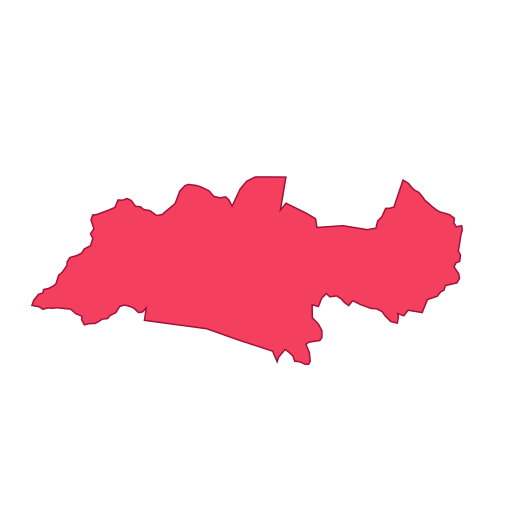 Vale do Sol, Rio Grande do Sul, Brazil (Robinson projection), rotated 106°
{"feature_id": "56859067B27359925158084", "entity_name": "Vale do Sol", "entity_type": "district", "adm_level": 2, "iso_a3": "BRA", "parent_name": "Brazil", "parent_adm1": "Rio Grande do Sul", "projection": "robinson", "projection_center": [-52.687, -29.586], "detail": "fine", "context": "isolated", "style": "filled", "palette": "rose", "viewbox_px": 512, "rotation_deg": 106, "n_neighbors": 0, "source": "geoboundaries", "source_scale": "gbopen_adm2", "svg_char_len": 2208}
<svg xmlns="http://www.w3.org/2000/svg" viewBox="0 0 512 512"><g transform="rotate(106 256 256)"><path d="M365.3,457.8L364.6,450.1L366.0,446.2L363.2,441.6L362.4,437.4L360.6,433.0L359.0,423.9L358.1,419.6L361.1,413.3L361.8,406.9L365.2,406.1L369.5,402.1L367.1,397.8L365.1,392.0L362.3,389.1L359.0,386.3L357.1,381.5L353.4,379.8L349.2,375.2L342.1,373.1L339.3,368.9L339.3,362.5L339.9,358.7L342.8,353.3L341.1,349.6L336.0,347.2L348.6,345.5L339.5,283.3L341.1,257.6L341.6,249.4L342.9,213.8L351.8,206.5L347.2,206.4L337.9,202.4L339.0,198.7L342.0,192.8L346.5,189.8L345.6,184.5L346.5,179.3L345.6,175.6L342.2,174.9L334.2,178.0L327.1,183.7L324.4,181.6L321.5,175.6L319.7,171.4L316.2,170.2L309.7,172.0L304.3,177.2L299.7,184.9L287.4,188.6L287.4,182.1L278.4,181.2L272.7,178.0L274.9,173.7L272.1,167.5L273.7,162.3L276.3,158.2L278.1,153.2L272.3,150.7L273.9,142.0L274.7,130.6L273.5,125.7L274.7,119.4L277.8,115.6L281.8,108.6L281.6,101.7L275.3,102.2L272.3,104.0L272.7,97.4L266.2,94.9L264.6,80.7L250.6,79.2L244.7,70.7L239.6,68.6L237.0,65.9L232.2,65.8L226.5,55.5L221.5,54.2L217.2,56.2L211.9,62.6L207.3,61.8L205.0,58.7L198.7,59.7L195.5,62.9L189.8,63.5L178.5,64.9L174.1,64.9L170.2,66.6L172.7,71.6L169.5,75.0L165.0,75.7L162.9,81.5L162.9,87.1L162.9,91.6L161.9,95.5L159.8,100.7L157.8,104.6L156.1,108.6L152.9,112.7L150.0,117.0L148.9,122.0L147.1,125.3L144.1,129.6L142.5,135.6L170.9,136.9L173.2,140.5L174.5,144.5L183.6,145.8L188.8,148.7L196.2,148.4L200.0,156.3L202.9,180.8L211.8,205.3L203.8,209.0L201.2,218.5L197.0,241.7L201.2,243.4L205.2,245.2L171.9,249.0L178.4,272.3L180.3,278.6L186.8,285.6L192.2,288.0L196.0,289.7L214.7,292.7L209.5,297.6L207.5,301.5L210.0,306.7L210.3,313.0L206.3,319.2L204.7,328.6L204.7,333.5L205.9,340.9L208.0,343.7L214.4,347.1L227.9,348.2L242.1,357.8L244.5,362.7L241.6,370.5L242.3,376.9L240.5,380.6L241.4,385.6L237.0,391.2L236.3,395.9L239.1,399.5L240.2,404.1L248.2,405.0L252.5,410.3L260.1,420.6L261.6,424.3L267.0,424.5L274.4,419.3L280.4,421.2L284.0,417.7L291.7,417.9L296.6,423.1L301.1,424.3L304.7,428.0L308.8,434.5L313.7,435.9L317.2,435.1L325.1,437.8L328.8,440.4L337.9,440.6L341.1,442.9L344.4,446.5L346.8,451.0L350.2,450.6L352.8,454.5L359.7,457.4L365.3,457.8Z" fill="#f43f5e" stroke="#9f1239" stroke-width="1.5"/></g></svg>